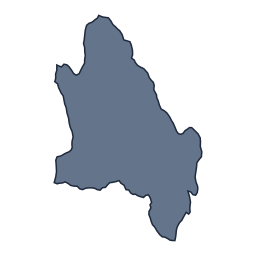 Ibirá, São Paulo, Brazil
{"feature_id": "56859067B89412000819303", "entity_name": "Ibirá", "entity_type": "district", "adm_level": 2, "iso_a3": "BRA", "parent_name": "Brazil", "parent_adm1": "São Paulo", "projection": "equal_earth", "projection_center": [-49.219, -21.072], "detail": "fine", "context": "isolated", "style": "filled", "palette": "slate", "viewbox_px": 256, "rotation_deg": 0, "n_neighbors": 0, "source": "geoboundaries", "source_scale": "gbopen_adm2", "svg_char_len": 2288}
<svg xmlns="http://www.w3.org/2000/svg" viewBox="0 0 256 256"><path d="M191.7,127.6L189.4,127.6L187.5,129.1L185.1,130.6L183.0,133.4L180.9,134.3L178.5,133.7L176.7,131.5L175.1,127.6L173.2,123.1L171.6,120.8L170.0,117.5L167.1,113.2L164.5,110.9L161.1,109.0L159.4,105.1L158.1,100.7L156.8,97.8L156.5,94.8L153.8,89.8L154.2,85.3L153.3,82.3L151.3,80.3L149.3,77.7L147.7,73.1L144.0,68.9L142.1,67.8L140.0,66.9L137.5,65.3L135.3,62.5L134.2,60.0L131.5,58.1L132.6,54.8L132.5,50.6L131.9,47.7L131.2,44.8L129.9,41.7L123.8,39.9L122.1,34.5L119.6,30.6L117.6,29.1L115.9,27.2L112.8,24.5L110.9,21.0L108.4,17.8L102.7,17.0L98.7,15.4L97.4,18.1L95.2,19.6L92.1,22.2L89.0,23.3L86.6,25.3L85.3,30.1L84.6,36.1L84.2,40.0L83.5,43.5L84.6,47.2L84.8,52.4L85.3,55.3L84.6,60.0L84.6,63.1L82.3,67.1L79.1,73.7L76.2,75.2L73.5,73.4L71.5,70.1L69.0,66.7L66.9,64.8L63.9,64.2L61.5,66.9L59.4,66.2L56.8,65.0L56.8,70.3L55.6,74.1L55.7,78.3L54.8,81.7L57.6,83.8L58.7,88.0L59.9,90.3L61.0,92.8L63.2,95.9L64.7,103.8L66.2,107.8L67.0,112.9L68.6,118.3L69.2,123.1L70.3,127.4L72.2,131.8L73.1,137.0L72.1,141.1L71.9,144.3L72.2,147.4L71.1,150.1L69.0,151.8L65.7,153.2L60.7,156.0L57.1,156.8L55.8,160.2L56.1,163.7L56.3,167.5L56.5,171.6L55.8,176.6L54.2,182.6L57.1,183.8L59.6,183.2L62.7,182.9L65.2,181.9L68.2,183.5L70.7,185.4L73.8,186.1L77.4,186.3L79.6,188.8L82.5,189.6L85.8,188.2L89.5,187.8L92.1,187.9L94.5,188.2L97.1,189.6L100.1,190.2L102.5,187.7L105.4,187.4L107.2,185.2L109.7,182.7L112.3,182.4L116.0,181.6L119.1,180.6L120.9,183.2L124.0,185.2L126.0,189.7L128.7,190.0L130.7,193.0L133.0,194.4L135.5,194.2L137.7,195.7L140.6,196.7L143.5,197.5L145.7,195.4L148.5,194.9L150.4,198.3L151.6,202.6L150.0,204.8L150.9,208.0L149.0,211.4L148.9,214.6L150.3,218.1L151.2,221.4L152.5,224.7L154.6,226.9L157.0,231.0L159.8,234.7L162.4,236.9L164.8,237.1L167.7,238.6L170.1,240.2L172.5,240.5L174.9,240.6L175.5,237.8L176.0,234.3L176.3,230.5L177.2,226.9L179.5,222.7L181.8,220.3L183.3,217.4L184.8,214.7L186.2,212.4L188.7,214.1L190.1,212.1L189.8,208.0L190.5,202.1L189.5,196.6L187.9,191.1L190.7,191.9L193.0,194.7L195.6,195.2L197.2,192.7L197.8,189.1L197.6,186.3L195.9,181.8L195.1,176.9L195.6,173.3L196.5,167.5L196.9,162.7L199.2,159.4L201.4,156.8L201.8,151.8L200.3,146.5L200.5,141.7L200.2,137.9L198.0,133.8L194.8,130.6L191.7,127.6Z" fill="#64748b" stroke="#1e293b" stroke-width="1.5"/></svg>